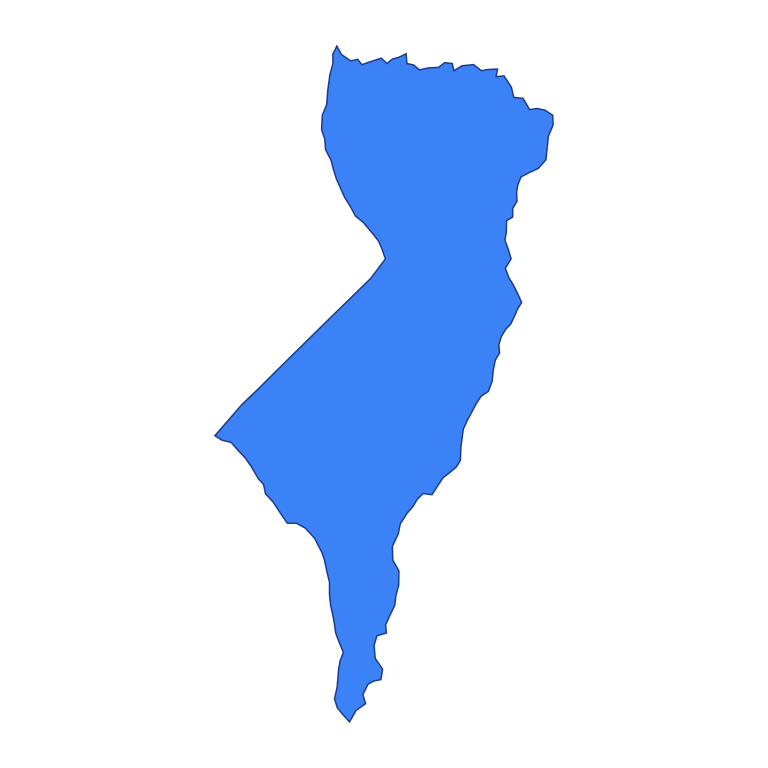 outline of Ribeirão dos Índios, São Paulo, Brazil
{"feature_id": "56859067B88412336093281", "entity_name": "Ribeirão dos Índios", "entity_type": "district", "adm_level": 2, "iso_a3": "BRA", "parent_name": "Brazil", "parent_adm1": "São Paulo", "projection": "natural_earth1", "projection_center": [-51.581, -21.806], "detail": "fine", "context": "isolated", "style": "filled", "palette": "blue", "viewbox_px": 768, "rotation_deg": 0, "n_neighbors": 0, "source": "geoboundaries", "source_scale": "gbopen_adm2", "svg_char_len": 2114}
<svg xmlns="http://www.w3.org/2000/svg" viewBox="0 0 768 768"><path d="M336.9,46.1L332.9,54.0L332.9,63.5L329.9,74.8L327.7,90.9L326.7,104.4L322.3,115.3L321.6,129.8L324.7,138.8L325.6,149.7L331.1,160.3L333.6,170.1L336.6,179.4L340.4,187.9L344.5,197.1L350.3,206.4L355.6,216.2L363.6,222.7L373.7,234.9L378.5,241.0L381.9,248.8L385.4,258.9L370.8,278.3L337.6,310.7L330.5,317.6L288.8,358.6L270.5,376.7L265.4,381.8L258.6,388.6L242.3,404.1L214.9,435.7L221.8,440.1L231.2,442.4L238.1,450.5L244.9,457.5L251.4,466.8L258.3,478.6L263.6,484.6L265.5,493.9L272.9,501.7L280.4,513.1L287.3,523.2L296.4,523.2L305.3,528.1L314.8,538.5L318.2,545.4L321.9,552.4L324.4,559.7L326.7,570.6L329.5,582.3L329.5,594.9L330.6,605.2L332.5,613.5L334.3,622.9L335.6,632.7L338.7,641.2L343.4,652.4L340.1,660.9L338.7,668.7L338.0,676.7L337.1,687.3L334.5,698.7L337.3,707.7L342.1,713.7L349.5,721.9L356.0,710.5L365.6,703.6L362.9,694.6L368.0,684.2L373.8,681.0L380.9,679.6L382.6,669.2L375.2,658.3L374.1,645.3L376.9,635.8L386.4,633.0L385.6,624.9L390.4,614.3L394.8,605.2L395.9,595.8L398.7,585.1L398.9,571.0L392.8,560.1L392.4,546.2L398.3,533.8L400.2,524.0L406.9,513.5L413.3,506.1L417.0,499.6L423.1,493.5L432.0,494.7L437.4,486.2L443.0,477.8L449.8,472.5L456.5,466.8L460.4,460.3L460.9,447.3L463.3,429.2L467.0,421.0L471.5,412.6L476.1,403.9L481.1,396.2L488.3,391.4L492.3,380.8L493.1,371.0L495.3,360.1L499.6,352.9L498.8,344.8L501.2,336.8L505.7,329.3L510.7,324.1L514.6,315.9L517.5,309.1L521.6,302.6L518.3,294.9L512.8,284.0L509.0,278.0L505.3,268.2L511.1,258.9L508.1,248.8L504.9,240.2L506.3,232.5L506.6,220.6L512.7,217.0L512.7,208.5L517.0,201.2L516.6,191.9L517.9,184.6L521.0,176.9L528.8,172.8L538.3,168.4L545.9,159.8L547.2,147.7L548.3,136.3L553.1,125.1L552.7,115.3L544.9,110.1L537.0,108.5L529.6,109.6L523.1,98.4L513.8,97.4L511.4,87.3L504.0,75.9L496.1,76.7L497.5,69.1L487.9,69.5L481.4,70.7L473.6,64.6L462.0,65.8L453.9,70.7L452.2,63.5L444.7,62.7L438.5,67.4L428.5,67.9L419.4,69.9L413.7,65.0L406.9,63.5L406.1,53.7L398.9,57.3L392.5,59.0L387.0,63.5L381.3,58.2L370.4,61.7L361.9,64.7L357.7,59.3L350.8,60.9L341.4,54.5L336.9,46.1Z" fill="#3b82f6" stroke="#1e3a8a" stroke-width="1.5"/></svg>